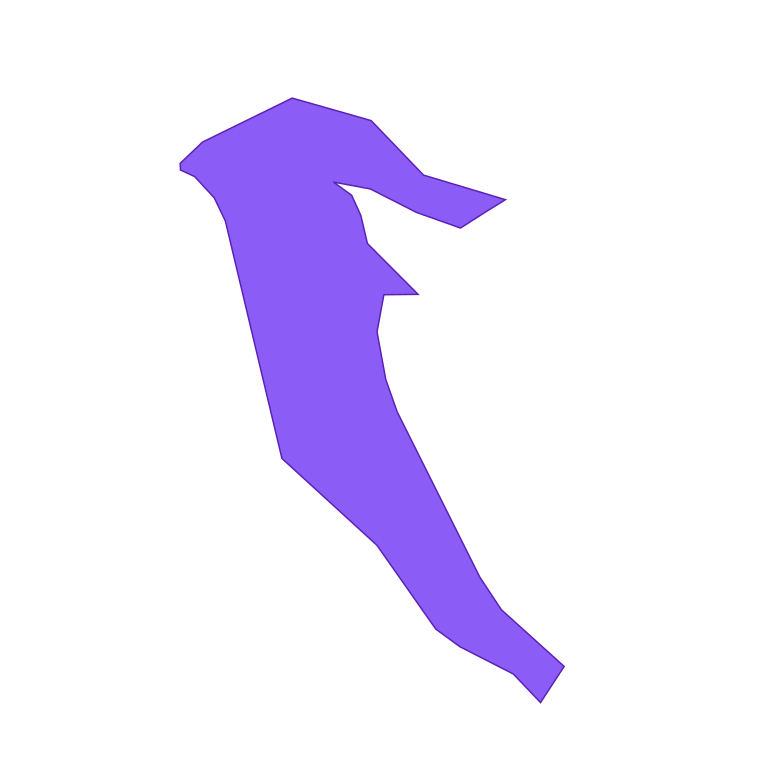 the border of Trieste, rotated 201°
{"feature_id": "ITA-5458", "entity_name": "Trieste", "entity_type": "Province", "adm_level": 1, "iso_a3": "ITA", "parent_name": "Italy", "parent_adm1": "", "projection": "robinson", "projection_center": [13.755, 45.694], "detail": "fine", "context": "isolated", "style": "filled", "palette": "violet", "viewbox_px": 768, "rotation_deg": 201, "n_neighbors": 0, "source": "natural_earth", "source_scale": "10m", "svg_char_len": 603}
<svg xmlns="http://www.w3.org/2000/svg" viewBox="0 0 768 768"><g transform="rotate(201 384 384)"><path d="M123.7,142.7L159.4,159.6L218.9,165.9L247.8,173.7L316.3,219.8L332.8,230.9L452.6,277.9L590.5,479.3L609.1,496.9L635.1,509.8L650.7,510.8L651.5,512.8L653.4,516.9L640.1,544.9L607.1,580.4L572.2,618.0L490.4,625.3L422.0,593.2L336.7,599.6L348.8,583.7L368.5,557.0L415.0,555.8L466.7,561.2L503.5,554.4L481.8,548.6L466.0,533.0L449.8,509.2L384.3,479.9L416.1,467.3L409.2,430.2L384.0,388.9L361.8,362.8L225.3,238.0L193.5,215.3L114.6,184.9L123.7,142.7Z" fill="#8b5cf6" stroke="#5b21b6" stroke-width="1.5"/></g></svg>